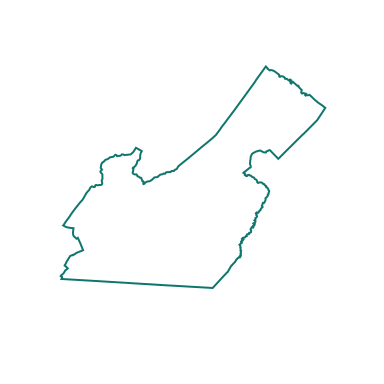 Bang Khun Thian, Bangkok Metropolis, Thailand, rotated 226°
{"feature_id": "78962969B82551730136395", "entity_name": "Bang Khun Thian", "entity_type": "district", "adm_level": 2, "iso_a3": "THA", "parent_name": "Thailand", "parent_adm1": "Bangkok Metropolis", "projection": "albers", "projection_center": [100.427, 13.588], "detail": "fine", "context": "isolated", "style": "outline", "palette": "teal", "viewbox_px": 384, "rotation_deg": 226, "n_neighbors": 0, "source": "geoboundaries", "source_scale": "gbopen_adm2", "svg_char_len": 6048}
<svg xmlns="http://www.w3.org/2000/svg" viewBox="0 0 384 384"><g transform="rotate(226 192 192)"><path d="M108.6,140.2L109.6,157.2L109.8,161.5L109.6,161.9L111.7,169.1L111.5,170.0L111.7,170.5L111.8,174.4L112.0,174.8L112.1,175.6L112.5,176.5L112.4,176.9L112.6,177.3L112.5,177.7L112.6,178.1L112.5,178.5L112.7,178.9L112.4,179.9L112.1,180.4L112.4,180.8L112.1,181.1L112.3,181.4L111.8,181.5L112.0,182.0L112.2,182.8L112.5,183.3L113.0,183.2L113.5,183.8L113.7,184.2L114.1,184.3L114.1,184.8L115.1,185.6L115.2,185.8L115.7,185.9L115.7,186.5L116.2,186.5L116.6,186.7L116.8,187.1L117.5,187.4L117.6,187.7L118.1,188.3L118.6,188.3L118.9,188.4L119.3,189.0L119.9,189.5L120.3,189.4L121.1,189.5L121.0,190.8L121.2,191.4L120.8,192.0L120.8,192.5L121.3,192.9L121.9,192.7L122.2,192.8L122.2,193.0L121.8,193.2L121.7,193.5L122.0,193.9L122.6,194.3L122.6,194.5L122.0,194.7L121.9,195.0L122.0,195.1L122.8,195.2L123.1,195.3L123.1,195.5L122.4,195.9L122.3,196.2L122.7,196.3L123.0,196.1L123.3,196.0L123.1,196.6L123.6,196.8L122.5,198.9L122.8,200.1L122.3,200.7L122.9,201.1L123.1,201.5L123.0,202.0L123.2,202.5L122.9,202.7L122.6,203.3L122.2,203.5L122.3,204.5L122.8,204.7L122.9,204.8L122.5,205.5L122.1,206.4L122.4,207.0L123.0,207.6L123.5,207.7L123.9,208.0L124.4,208.1L124.6,208.4L124.8,209.5L125.2,210.4L124.1,211.0L123.9,211.3L124.3,212.1L125.0,212.2L125.3,212.4L125.3,212.7L124.8,213.4L124.7,213.7L125.2,214.6L125.7,214.3L126.8,214.3L126.8,214.6L126.1,215.2L126.1,215.7L126.8,217.4L128.2,217.2L128.2,218.6L129.2,219.5L129.1,219.9L128.9,220.6L129.2,221.7L129.7,222.1L130.7,222.2L131.1,223.0L132.2,223.0L132.3,223.1L132.4,224.0L132.3,224.5L132.1,224.7L131.2,225.0L131.0,225.3L131.6,227.3L131.3,228.6L131.4,228.8L131.9,229.2L132.0,230.0L132.2,230.7L132.1,232.3L132.3,232.5L133.5,232.6L133.9,233.7L134.9,235.2L134.9,235.6L134.1,236.0L134.1,236.4L134.7,238.4L135.3,239.6L136.5,240.5L136.4,242.4L136.7,244.1L137.6,244.8L137.4,245.8L138.1,246.4L138.4,246.8L138.6,247.7L139.2,248.3L140.5,248.4L141.2,249.0L141.9,249.1L143.0,249.1L143.9,248.7L144.2,248.8L144.4,249.3L144.7,249.5L145.4,249.4L146.2,249.0L147.5,249.4L148.0,249.2L148.6,248.7L149.7,248.9L151.2,248.2L152.1,247.0L152.4,246.1L152.8,245.7L153.9,245.8L154.4,246.4L156.2,246.8L156.8,246.6L157.6,246.2L159.4,246.6L161.1,245.7L162.7,245.8L163.8,245.0L164.7,245.0L165.4,244.0L165.2,243.3L165.2,242.9L165.8,242.1L166.4,242.4L167.3,241.8L167.6,241.8L168.2,242.7L168.6,242.8L170.0,242.3L170.1,243.6L169.8,244.6L169.7,246.6L169.5,248.3L169.4,249.9L169.0,251.0L169.1,251.6L169.5,252.0L172.0,253.3L174.3,255.9L174.9,256.9L176.6,258.7L177.7,261.7L177.5,263.2L177.1,264.3L176.8,265.7L174.9,269.4L174.1,270.0L171.0,271.0L169.4,272.2L169.2,272.5L169.1,272.8L169.5,273.6L169.4,274.0L168.2,277.0L167.6,277.1L155.9,277.1L156.1,287.3L156.4,309.5L156.3,313.5L156.7,331.9L159.9,346.3L163.3,345.9L168.8,344.8L173.4,344.3L180.2,344.1L180.5,343.3L181.9,341.8L182.4,340.7L182.9,340.6L183.2,340.8L183.2,342.3L183.4,342.3L186.0,340.7L186.0,340.2L186.3,339.6L186.8,339.5L187.9,339.8L189.0,341.7L193.2,341.7L193.8,341.9L194.3,342.3L194.6,342.3L194.8,342.2L194.9,341.6L201.2,341.1L201.3,341.0L201.1,338.7L201.3,338.7L201.9,338.6L202.0,339.6L203.3,339.4L203.4,340.9L204.7,340.8L204.8,340.7L204.7,339.7L205.1,339.2L205.6,339.0L207.4,338.9L208.1,338.3L208.3,337.9L208.8,337.6L209.1,337.6L209.6,338.1L210.1,338.2L211.9,337.7L213.4,336.6L213.6,336.2L213.7,335.3L214.1,335.0L214.5,335.0L215.4,335.9L215.8,336.1L219.2,335.6L222.0,335.1L223.9,334.2L224.9,333.5L225.2,332.8L225.5,332.4L228.2,332.0L228.5,332.3L231.0,332.3L228.0,315.6L227.5,314.0L221.4,279.2L219.4,266.5L218.9,263.7L218.2,258.6L217.6,255.9L216.4,248.8L216.6,242.9L217.2,235.0L217.7,229.5L217.8,227.3L218.8,213.8L220.0,200.3L219.9,199.6L219.5,198.3L219.2,196.9L219.9,194.9L219.7,193.8L219.8,193.4L221.1,192.2L221.3,191.7L221.2,190.6L221.5,190.0L222.3,189.5L222.8,188.6L223.4,188.1L223.8,187.6L224.1,186.8L223.8,185.6L223.9,185.3L224.2,184.9L224.9,184.6L225.4,182.9L226.5,181.3L226.6,180.1L226.8,179.2L226.6,177.9L227.4,176.6L228.6,175.1L228.5,174.6L228.6,173.6L228.6,171.8L228.9,169.8L229.4,168.6L230.4,167.5L231.0,165.8L231.2,165.0L231.0,163.6L231.4,162.6L231.6,162.7L231.7,163.2L232.1,163.1L232.4,163.7L232.4,164.0L232.5,164.2L233.1,164.2L234.2,163.8L234.4,164.0L234.5,164.3L235.0,164.3L236.4,164.7L237.1,165.2L237.9,165.1L238.4,164.5L238.8,164.4L240.0,164.4L241.2,163.7L242.5,164.2L243.3,164.2L244.4,163.0L245.8,162.4L246.6,162.5L247.3,162.8L247.5,163.2L247.7,164.0L248.7,164.9L249.3,166.1L249.6,166.2L250.2,165.9L250.3,166.0L250.5,166.6L250.1,167.6L250.1,169.7L250.5,170.8L250.7,171.9L251.9,173.7L252.3,174.7L252.2,175.3L251.7,175.9L251.9,177.4L253.2,179.2L254.1,179.9L255.0,181.1L255.8,182.6L256.2,184.2L256.4,184.3L257.0,184.1L262.7,182.4L261.5,177.2L261.6,174.6L261.8,173.8L263.3,171.8L264.4,170.5L265.4,169.1L267.0,168.5L267.8,167.6L267.7,166.7L267.8,165.8L269.8,163.0L271.0,163.3L271.9,162.8L272.1,162.2L271.9,160.3L272.7,158.8L273.5,157.8L273.9,157.1L274.1,154.9L274.7,153.2L275.2,152.2L275.3,151.6L275.1,149.6L275.1,149.0L275.2,148.9L275.3,148.8L275.4,148.5L275.4,147.3L274.7,145.7L273.2,143.7L272.6,143.0L270.6,142.8L270.5,140.6L270.1,140.1L269.2,139.9L267.4,139.9L266.7,139.6L265.5,138.4L263.7,136.8L263.4,136.0L263.0,135.1L262.4,134.6L260.5,133.4L260.3,133.1L260.1,132.2L260.2,131.6L261.6,129.9L262.4,128.7L263.8,127.8L263.9,127.4L263.8,126.9L263.3,126.0L263.3,125.5L263.4,125.1L264.2,124.6L265.4,124.1L265.7,123.6L265.8,122.6L265.7,121.6L264.9,119.7L264.8,117.5L264.5,114.9L263.0,110.0L262.4,107.7L262.2,104.2L261.3,97.1L260.5,92.2L259.8,88.5L259.4,87.0L258.2,79.9L257.7,77.8L257.5,77.1L257.4,76.1L254.2,77.1L251.1,79.2L248.3,81.6L246.0,78.8L244.9,77.6L242.8,76.3L240.9,76.3L240.7,76.4L238.8,76.4L238.5,76.6L238.3,78.0L232.6,76.0L225.8,73.2L226.4,71.5L227.3,69.5L228.5,66.5L228.6,65.8L228.6,65.2L229.2,62.6L229.5,62.7L230.6,60.0L228.9,53.2L228.1,51.2L227.6,49.3L225.4,49.6L223.3,49.5L223.4,48.1L223.6,46.3L223.5,45.6L223.3,45.4L222.7,43.0L222.9,39.4L222.7,39.1L221.2,39.5L220.9,39.4L220.6,39.0L220.1,37.7L193.7,62.0L146.2,105.5L108.6,140.2Z" fill="none" stroke="#0f766e" stroke-width="2"/></g></svg>